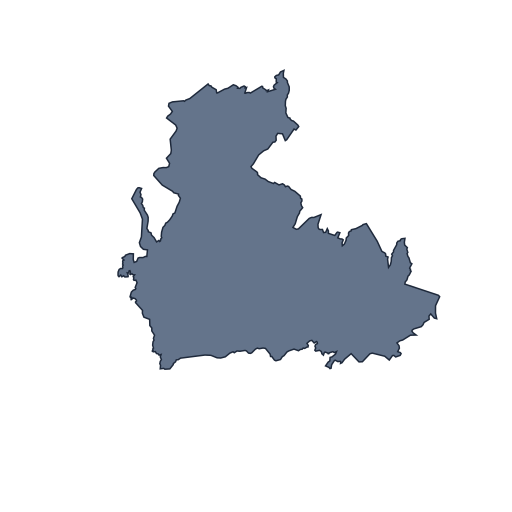 Watsa, Orientale, Democratic Republic of the Congo (Robinson projection), rotated 227°
{"feature_id": "63176286B47500153281287", "entity_name": "Watsa", "entity_type": "district", "adm_level": 2, "iso_a3": "COD", "parent_name": "Democratic Republic of the Congo", "parent_adm1": "Orientale", "projection": "robinson", "projection_center": [29.312, 2.77], "detail": "fine", "context": "isolated", "style": "filled", "palette": "slate", "viewbox_px": 512, "rotation_deg": 227, "n_neighbors": 0, "source": "geoboundaries", "source_scale": "gbopen_adm2", "svg_char_len": 6141}
<svg xmlns="http://www.w3.org/2000/svg" viewBox="0 0 512 512"><g transform="rotate(227 256 256)"><path d="M425.3,294.2L418.8,293.4L418.1,290.2L418.5,286.9L417.9,284.7L406.6,286.6L403.3,285.5L401.9,282.8L400.0,272.9L391.2,266.3L389.9,264.7L389.0,263.4L388.6,257.2L382.7,256.0L380.9,253.1L381.8,250.7L384.1,248.3L386.4,244.7L386.4,239.3L385.9,237.5L384.6,236.1L371.8,235.8L360.3,239.1L358.3,239.0L354.1,241.6L353.3,240.6L349.8,240.1L347.7,236.6L346.2,232.2L342.8,226.0L343.4,224.0L342.3,222.0L341.3,217.5L341.1,214.2L341.6,212.4L340.5,210.1L340.4,207.5L337.8,203.2L335.0,200.1L333.6,199.5L333.5,198.2L332.2,196.4L332.3,195.4L333.6,195.6L334.1,192.9L339.0,194.0L342.4,193.8L344.6,195.0L347.2,193.8L348.3,194.6L350.5,194.9L355.1,200.9L357.8,203.5L360.0,204.5L365.7,205.5L367.1,207.0L368.3,206.6L370.3,207.7L372.5,207.9L373.1,209.8L374.9,211.9L376.8,212.2L378.1,211.7L379.3,213.7L381.8,214.7L383.4,218.4L385.7,217.1L386.4,216.1L386.2,214.0L382.6,204.2L366.6,200.7L360.4,198.1L348.1,185.2L345.3,179.8L341.7,178.0L337.7,178.2L334.5,180.8L330.1,175.8L331.1,174.9L331.9,172.3L334.3,169.8L334.9,168.4L333.4,165.0L334.4,162.5L337.1,163.8L341.2,167.8L343.9,165.3L345.6,161.1L345.1,159.7L346.0,157.0L345.6,156.5L343.1,156.7L343.4,155.4L342.6,154.4L341.9,154.2L341.1,152.9L339.9,152.7L339.7,151.7L338.2,150.6L337.9,149.8L339.2,148.5L339.5,146.7L338.3,144.2L336.6,142.5L335.6,141.7L334.3,141.7L334.3,144.1L332.3,143.7L331.8,145.7L330.1,145.8L328.3,148.0L328.1,148.4L329.6,149.6L331.5,150.4L330.6,151.1L331.7,153.2L331.3,153.8L329.9,153.2L328.8,151.4L328.1,151.5L327.7,153.2L326.5,153.1L325.0,154.4L324.6,152.1L323.4,151.8L322.3,150.3L321.4,150.2L320.2,151.7L317.6,150.8L315.4,146.2L314.2,145.9L313.8,145.0L314.7,143.0L314.6,140.2L312.1,136.1L311.3,135.9L310.8,136.9L310.2,136.8L309.7,135.2L309.2,135.0L308.9,137.6L307.3,138.5L305.4,138.5L304.6,138.0L304.6,136.6L304.0,136.1L293.6,135.9L291.7,133.9L287.7,132.3L282.2,135.0L277.5,130.9L274.4,130.7L272.3,128.7L267.3,127.8L265.7,124.8L264.0,124.0L263.5,122.2L261.3,119.6L258.5,118.2L258.4,117.0L257.2,116.4L257.4,115.6L257.0,115.2L255.9,115.6L254.7,117.2L252.6,116.7L250.9,117.8L249.6,117.5L248.7,119.4L247.5,117.2L244.8,116.2L244.2,114.1L242.8,112.2L241.2,111.7L238.8,109.0L236.7,111.9L235.4,112.1L232.2,116.0L233.0,121.4L233.7,122.2L233.5,125.0L234.4,126.9L233.2,128.4L232.8,131.1L218.4,151.1L214.1,155.3L208.1,158.1L205.5,160.6L203.2,164.8L202.8,170.6L201.6,173.9L200.1,174.1L199.5,177.3L197.3,179.3L194.4,183.6L193.1,184.3L190.1,184.3L188.5,185.6L188.1,187.0L188.3,192.1L187.7,194.2L186.0,195.1L183.9,198.4L182.0,199.9L174.6,199.4L172.6,198.1L171.8,199.0L167.3,198.5L165.8,199.1L163.6,203.3L164.4,206.5L164.0,208.6L164.7,213.2L164.2,215.3L162.0,220.3L157.7,222.5L157.5,224.5L156.3,226.3L156.5,227.7L155.2,228.6L154.6,231.3L154.0,231.9L154.8,233.2L157.4,233.7L157.3,237.4L156.2,239.3L152.7,239.2L152.2,241.9L151.3,242.0L150.1,241.2L150.6,239.2L149.8,237.6L148.0,236.9L147.0,234.8L145.7,234.8L143.7,238.1L141.7,238.6L139.5,237.5L137.5,237.7L138.6,239.6L138.7,241.0L136.1,242.3L135.3,242.1L134.9,242.7L135.2,243.6L133.6,247.0L131.9,247.4L131.2,249.7L130.0,247.2L130.4,242.7L131.3,241.0L128.9,238.4L129.2,236.4L128.2,231.9L124.7,233.4L123.2,233.3L122.7,234.3L124.9,237.2L126.1,242.1L125.7,242.9L123.0,243.8L121.5,245.8L120.7,245.7L119.8,244.6L119.3,246.1L120.1,250.4L119.7,259.0L108.3,259.1L106.1,261.7L106.8,272.6L105.7,274.8L94.9,281.8L89.0,282.5L90.1,287.9L89.3,289.0L86.9,289.3L85.0,293.6L85.6,295.5L86.9,295.7L89.4,294.4L90.8,298.0L92.8,299.4L96.3,299.8L95.9,303.3L94.5,306.0L92.8,314.9L89.0,319.2L92.8,318.5L94.8,318.8L95.3,319.9L95.0,321.8L91.6,328.7L91.8,331.2L92.8,333.6L91.6,339.5L94.1,341.5L94.5,344.3L89.0,344.1L86.9,345.4L91.8,348.3L97.2,353.4L101.0,362.6L102.9,362.6L133.9,345.7L135.2,347.3L135.6,350.1L137.6,353.4L137.6,355.1L139.1,359.1L140.0,358.9L141.0,360.0L142.0,359.8L142.5,360.3L144.0,364.7L145.8,364.3L150.4,366.6L152.1,366.8L154.8,368.2L155.0,369.4L158.2,371.0L158.9,372.4L162.6,372.2L164.9,373.9L167.3,377.0L169.2,374.4L169.5,373.0L168.8,372.0L170.0,369.8L169.5,367.8L168.3,366.6L166.3,360.4L165.2,359.4L164.8,356.5L163.1,356.0L162.4,353.9L159.8,351.2L157.9,348.2L157.3,345.2L163.9,350.0L165.2,351.9L167.4,350.8L169.1,352.2L170.4,352.3L173.5,351.2L184.1,354.7L204.4,358.8L206.0,355.7L205.9,354.5L207.9,347.7L210.2,343.7L209.5,342.8L210.2,340.9L209.7,339.3L207.8,337.7L207.6,334.3L206.1,332.7L204.4,328.7L204.6,326.1L206.9,327.9L208.3,330.8L209.8,330.5L211.0,329.3L213.5,328.2L215.8,333.2L217.8,332.0L218.0,331.3L217.3,327.6L223.2,324.4L225.0,326.1L227.4,326.8L225.8,323.1L227.1,321.4L230.1,322.7L231.8,320.8L233.2,320.4L234.5,320.9L236.9,322.9L241.9,331.8L244.7,324.6L246.3,323.0L247.2,320.6L246.9,305.5L248.0,303.7L251.7,302.5L252.8,306.6L256.6,313.1L257.8,317.1L258.9,318.5L259.5,323.1L261.7,323.5L264.3,325.0L264.9,327.1L266.4,328.4L267.8,328.0L269.6,329.3L276.9,328.5L280.8,327.0L284.6,327.3L285.8,326.6L286.6,324.8L288.5,325.2L290.7,324.7L292.3,321.3L297.1,319.8L297.1,318.2L302.2,315.7L306.0,315.1L309.8,313.0L314.4,312.6L315.7,313.8L316.7,314.0L323.0,312.8L324.8,313.3L325.2,317.0L328.1,326.9L327.7,333.4L326.2,337.6L327.7,345.9L326.5,347.6L326.9,349.7L330.0,352.3L330.9,355.5L327.3,358.7L320.4,356.1L320.1,357.7L322.9,370.4L320.9,371.1L321.5,375.5L323.2,375.9L329.2,375.4L330.6,374.5L332.6,374.3L333.7,374.9L335.5,373.8L340.3,375.4L343.5,378.8L345.9,379.9L349.0,383.0L350.2,384.7L350.9,387.4L352.4,388.7L352.9,390.8L354.5,393.3L357.0,395.6L361.5,397.3L362.6,398.3L365.0,398.6L367.9,397.9L371.0,400.6L372.7,403.0L373.9,399.4L373.0,396.1L374.2,394.0L374.2,391.9L373.4,391.3L371.8,391.7L369.4,389.4L368.3,389.8L368.6,385.8L367.9,384.2L366.6,383.6L364.7,383.9L368.2,376.6L369.0,378.3L369.8,376.2L370.7,376.5L374.3,375.6L375.5,376.4L376.2,376.0L379.0,363.0L380.2,362.6L381.7,360.8L382.1,359.4L382.8,358.9L385.7,364.1L386.5,362.7L387.2,363.6L388.5,363.2L389.7,359.8L389.5,358.6L391.3,356.9L391.7,357.9L394.2,357.5L396.7,356.2L397.8,349.9L399.5,346.8L401.5,339.1L402.1,338.5L404.8,340.3L409.6,338.8L411.1,339.1L412.5,338.0L414.5,338.3L416.3,315.0L417.9,311.0L417.9,309.2L418.9,308.9L425.7,300.0L427.0,296.5L425.3,294.2Z" fill="#64748b" stroke="#1e293b" stroke-width="1.5"/></g></svg>